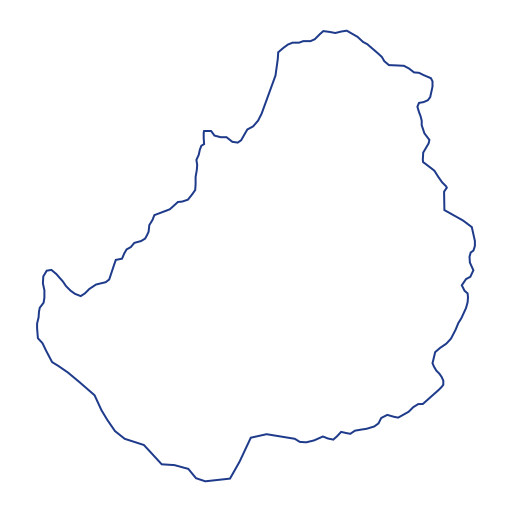 Tambunan, Sabah, Malaysia (Mercator projection)
{"feature_id": "92858781B2820786401574", "entity_name": "Tambunan", "entity_type": "district", "adm_level": 2, "iso_a3": "MYS", "parent_name": "Malaysia", "parent_adm1": "Sabah", "projection": "mercator", "projection_center": [116.421, 5.708], "detail": "fine", "context": "isolated", "style": "outline", "palette": "blue", "viewbox_px": 512, "rotation_deg": 0, "n_neighbors": 0, "source": "geoboundaries", "source_scale": "gbopen_adm2", "svg_char_len": 2557}
<svg xmlns="http://www.w3.org/2000/svg" viewBox="0 0 512 512"><path d="M422.8,404.0L438.7,389.9L441.4,387.2L443.3,384.8L443.3,380.6L441.7,377.1L439.4,373.7L436.3,370.6L434.0,366.7L432.5,363.2L435.2,352.1L440.2,347.8L446.4,343.6L451.0,338.6L455.6,329.7L458.3,323.1L461.4,318.1L466.0,308.1L467.6,302.3L468.0,297.3L467.6,293.4L464.5,290.7L461.8,285.3L466.0,279.1L470.3,276.8L473.4,270.3L469.9,262.6L469.5,256.8L470.7,252.5L473.4,250.6L474.9,246.0L474.9,241.0L471.8,227.1L463.0,220.5L444.4,210.1L444.1,193.1L444.1,191.6L446.8,187.7L446.0,186.2L442.1,182.3L438.3,176.9L434.4,170.7L424.4,163.0L423.2,162.3L422.8,159.9L423.2,152.6L425.9,148.0L428.6,143.4L429.4,139.9L424.4,133.3L421.7,125.2L421.7,120.6L420.5,116.0L419.0,112.1L417.4,106.7L419.0,102.9L423.6,102.1L427.9,100.2L430.2,97.1L431.3,92.1L432.5,86.7L432.5,81.3L430.9,78.2L423.6,75.1L419.0,72.8L414.0,72.4L409.0,68.5L403.9,65.8L396.2,65.4L388.9,65.1L384.3,61.2L381.9,57.0L378.1,53.5L367.3,44.2L363.0,41.9L357.6,36.9L351.5,33.4L346.8,30.7L341.4,31.5L335.3,33.0L329.5,31.9L323.3,31.1L319.8,34.2L314.8,39.2L310.6,41.1L303.3,41.1L299.0,42.7L292.5,42.7L287.8,44.6L286.4,45.7L283.6,47.7L278.2,52.3L277.8,58.9L275.5,75.5L261.6,113.7L258.1,120.6L253.1,126.4L247.3,129.5L241.1,140.3L237.7,142.6L232.3,141.8L226.5,137.2L220.7,137.2L214.5,135.6L211.1,131.0L204.5,131.0L204.1,131.0L203.7,132.6L203.7,138.0L204.1,144.1L201.4,145.7L199.9,149.5L198.7,154.9L196.4,159.9L197.2,165.0L196.8,170.0L195.6,176.9L195.6,184.2L195.2,190.0L192.2,194.3L187.9,199.7L182.1,201.6L177.9,202.0L169.8,209.3L154.4,215.1L152.4,220.1L149.3,225.1L148.6,231.7L147.0,235.2L145.1,238.6L141.2,241.0L134.3,242.9L130.8,247.1L126.6,249.4L124.3,253.3L122.0,258.7L115.8,259.9L114.2,264.5L109.2,279.5L105.7,282.2L96.1,284.5L89.5,288.8L84.9,293.4L80.7,296.1L74.9,293.8L70.6,290.7L66.0,286.1L62.9,281.5L59.8,278.0L56.4,274.1L51.4,269.9L46.7,270.7L43.3,276.4L42.9,283.4L44.4,290.3L44.4,297.7L43.6,302.7L39.8,307.7L39.0,311.5L38.6,317.3L37.1,323.5L37.1,328.5L37.9,338.2L42.5,343.2L46.0,350.5L52.1,362.1L58.3,365.9L67.9,372.5L79.9,382.5L94.6,395.3L101.5,410.3L107.3,419.9L115.0,431.1L124.7,438.8L143.9,445.0L161.7,464.3L174.4,465.1L188.3,468.9L196.0,478.2L205.3,481.3L230.0,478.6L239.6,461.6L250.8,437.7L266.6,434.2L294.8,438.8L299.8,441.9L306.3,442.3L314.1,440.4L322.9,436.5L327.9,438.5L333.3,439.6L337.2,436.1L341.1,431.9L346.5,433.1L350.3,433.8L354.9,430.7L361.1,429.6L366.5,428.8L374.2,426.5L378.5,423.4L381.2,418.0L387.3,414.9L394.3,416.9L398.2,417.6L408.6,411.8L413.2,407.2L418.2,404.1L422.8,404.0Z" fill="none" stroke="#1e3a8a" stroke-width="2"/></svg>